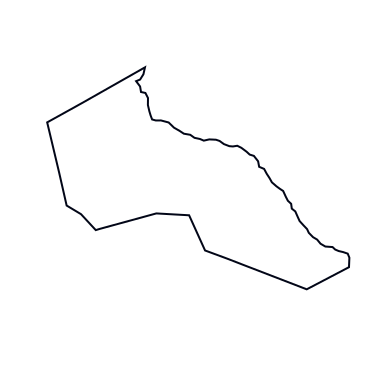 the district of Hugo Napoleão, Piauí, Brazil, rotated 338°
{"feature_id": "56859067B35812474417973", "entity_name": "Hugo Napoleão", "entity_type": "district", "adm_level": 2, "iso_a3": "BRA", "parent_name": "Brazil", "parent_adm1": "Piauí", "projection": "orthographic", "projection_center": [-42.465, -6.043], "detail": "fine", "context": "isolated", "style": "outline", "palette": "ink", "viewbox_px": 384, "rotation_deg": 338, "n_neighbors": 0, "source": "geoboundaries", "source_scale": "gbopen_adm2", "svg_char_len": 1071}
<svg xmlns="http://www.w3.org/2000/svg" viewBox="0 0 384 384"><g transform="rotate(338 192 192)"><path d="M83.8,73.2L76.1,124.1L70.7,157.6L80.8,171.0L88.5,191.3L92.2,191.6L150.9,198.5L180.6,212.5L182.2,251.1L199.8,267.1L211.2,277.8L261.9,325.2L309.4,320.5L313.3,311.9L313.3,307.5L309.6,304.3L305.9,301.7L303.2,299.0L301.7,295.7L295.2,292.5L291.8,288.1L290.2,283.0L287.3,279.2L285.0,273.6L284.8,269.5L282.9,264.7L280.9,259.3L280.7,254.9L280.5,248.7L278.3,244.8L279.5,240.1L277.6,236.0L277.2,231.6L276.9,225.2L274.5,221.7L272.4,218.3L269.7,213.0L269.1,208.2L268.1,203.1L267.5,197.6L263.7,193.8L264.8,188.3L262.9,181.7L259.5,178.9L257.7,175.1L254.3,169.5L251.3,166.1L247.0,165.1L243.8,163.5L239.5,159.5L236.7,155.0L233.8,152.5L227.7,149.7L222.2,148.8L219.2,145.8L214.6,142.7L211.8,138.3L206.3,134.9L203.4,130.7L199.4,125.6L196.4,118.8L190.0,114.0L185.2,112.1L182.2,109.8L182.3,105.5L182.7,101.2L183.7,94.8L186.4,88.4L185.9,82.7L182.2,80.2L183.4,74.7L181.7,68.3L186.0,68.3L191.1,64.6L195.1,58.8L123.6,68.3L83.8,73.2Z" fill="none" stroke="#020617" stroke-width="2"/></g></svg>